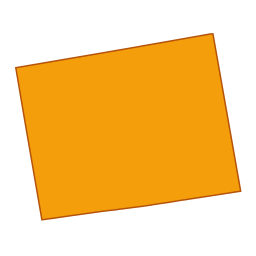 the district of Stephenson, Illinois, United States of America, rotated 171°
{"feature_id": "52423323B66491108399263", "entity_name": "Stephenson", "entity_type": "district", "adm_level": 2, "iso_a3": "USA", "parent_name": "United States of America", "parent_adm1": "Illinois", "projection": "mercator", "projection_center": [-89.633, 42.351], "detail": "fine", "context": "isolated", "style": "filled", "palette": "amber", "viewbox_px": 256, "rotation_deg": 171, "n_neighbors": 0, "source": "geoboundaries", "source_scale": "gbopen_adm2", "svg_char_len": 550}
<svg xmlns="http://www.w3.org/2000/svg" viewBox="0 0 256 256"><g transform="rotate(171 128 128)"><path d="M227.4,50.8L219.9,50.7L219.3,50.7L218.8,50.6L218.3,50.6L195.7,50.3L192.5,50.2L192.3,50.2L181.1,50.0L165.1,49.7L153.5,49.2L151.5,49.1L151.0,49.1L150.2,49.2L146.4,49.0L134.7,48.7L132.3,48.6L125.7,48.4L117.1,48.3L115.8,48.4L97.1,48.2L86.7,48.3L82.7,48.2L77.4,48.2L75.2,48.2L74.4,48.2L60.8,48.1L26.9,48.0L26.6,48.0L29.4,207.7L31.9,208.0L117.7,206.5L229.4,205.1L228.8,150.8L227.4,50.8Z" fill="#f59e0b" stroke="#b45309" stroke-width="1.5"/></g></svg>